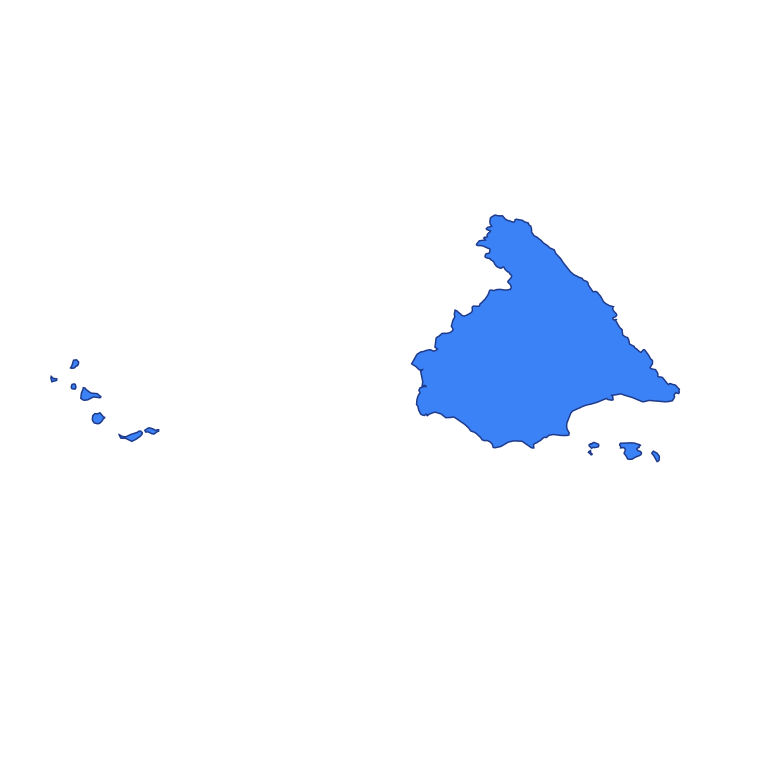 outline of Spain, rotated 40°
{"feature_id": "ESP", "entity_name": "Spain", "entity_type": "country or territory", "adm_level": 0, "iso_a3": "ESP", "parent_name": "Europe", "parent_adm1": "", "projection": "orthographic", "projection_center": [-5.186, 35.705], "detail": "fine", "context": "isolated", "style": "filled", "palette": "blue", "viewbox_px": 768, "rotation_deg": 40, "n_neighbors": 0, "source": "natural_earth", "source_scale": "50m", "svg_char_len": 6181}
<svg xmlns="http://www.w3.org/2000/svg" viewBox="0 0 768 768"><g transform="rotate(40 384 384)"><path d="M510.1,177.3L510.1,178.2L511.0,179.5L511.8,180.0L513.6,180.6L516.8,180.9L518.0,181.6L518.2,182.8L517.9,184.1L516.8,186.3L517.3,186.8L517.9,187.2L519.1,187.1L520.1,185.5L520.5,185.3L520.5,185.8L520.8,186.5L523.1,187.4L528.1,189.2L531.6,189.3L532.1,190.1L535.4,193.0L537.5,192.9L539.2,192.6L540.4,192.0L541.2,192.0L543.2,193.0L544.6,194.0L545.9,195.2L546.7,195.5L551.6,194.4L552.7,195.1L555.2,194.8L558.1,195.0L560.4,194.7L560.6,194.4L560.6,191.7L560.9,190.7L561.4,190.4L562.8,190.5L567.9,191.8L572.1,193.4L573.9,193.3L575.0,193.8L576.8,196.3L576.7,197.6L577.1,199.0L577.1,200.0L577.6,200.6L579.3,200.4L582.7,198.5L586.0,199.5L587.4,200.3L588.8,202.1L589.7,202.1L591.0,201.1L593.0,200.0L600.7,201.5L602.4,201.5L602.6,200.0L603.3,199.5L605.5,198.8L607.0,197.9L608.6,197.5L612.4,198.2L613.6,198.1L614.3,199.7L615.4,200.3L615.9,201.8L614.2,202.7L613.1,202.9L613.1,205.6L613.6,206.3L614.7,206.9L615.1,207.6L615.7,211.4L613.8,213.9L611.1,216.7L597.6,226.2L594.5,230.5L593.3,231.5L582.7,234.8L575.4,238.0L571.9,239.2L567.7,244.2L565.7,246.3L567.4,246.7L569.6,248.8L569.0,249.9L566.2,251.6L564.9,252.2L564.2,251.9L563.6,252.2L559.2,260.7L555.2,266.8L552.9,269.5L550.6,273.5L545.8,283.6L545.9,286.5L549.1,296.2L550.8,298.7L553.1,300.8L557.2,302.4L558.4,304.2L557.1,306.0L553.1,309.3L546.2,313.8L543.3,317.3L542.9,320.5L540.8,322.0L540.2,326.5L539.1,329.5L538.9,330.5L537.7,332.8L537.5,334.4L539.9,336.6L538.8,337.6L537.7,338.1L526.6,339.1L519.9,344.2L516.6,348.6L513.7,356.7L510.0,361.5L508.4,362.4L505.7,360.5L502.4,360.2L499.2,361.0L497.6,362.7L495.0,363.7L492.4,362.9L486.9,362.6L484.5,362.8L480.6,364.2L477.3,363.3L471.8,363.0L459.7,364.2L458.2,364.7L456.7,366.7L452.9,370.1L447.1,370.2L441.8,372.4L440.4,373.8L438.2,377.7L437.5,380.5L437.0,380.5L436.5,379.8L435.6,380.0L435.2,382.2L433.2,383.1L431.5,383.5L427.4,381.7L424.0,379.1L422.2,378.9L419.3,374.8L418.1,372.2L417.3,369.4L417.5,368.4L417.2,367.5L414.7,366.3L414.1,363.8L416.0,360.5L417.5,359.1L418.5,358.7L416.2,358.8L414.4,360.9L412.3,357.4L403.7,350.6L404.3,349.1L404.2,348.3L402.8,350.0L401.7,350.5L397.3,350.1L392.2,350.8L390.4,341.2L390.3,339.5L391.7,335.5L393.2,333.9L395.1,330.6L397.5,327.9L401.1,326.9L402.1,324.8L402.6,322.9L402.3,322.7L399.4,323.1L394.4,315.3L394.6,314.0L395.3,312.2L395.7,309.9L395.9,308.1L397.3,306.6L399.3,305.1L401.1,302.9L402.0,300.7L402.2,298.7L401.3,297.3L398.5,296.5L395.8,290.8L395.2,287.2L392.9,285.2L391.0,281.7L392.8,281.2L400.0,281.3L401.8,280.4L403.1,278.1L404.6,274.3L404.9,271.9L404.5,271.0L402.2,268.5L402.1,267.8L402.5,266.7L405.9,264.2L406.9,263.1L406.7,262.1L406.2,261.2L406.1,260.3L406.5,259.2L406.7,255.4L406.9,254.4L406.6,251.0L406.2,248.2L404.8,244.5L405.1,243.7L405.8,243.1L408.1,241.8L409.9,238.9L412.6,236.5L416.0,234.5L418.4,232.3L419.4,230.7L420.0,230.2L419.4,228.3L418.1,227.2L416.3,226.5L414.4,226.5L413.2,226.2L412.9,225.4L413.0,223.0L413.0,220.7L412.6,219.6L411.8,218.7L410.0,218.9L408.5,218.3L407.3,218.1L406.6,218.6L403.2,218.4L400.8,217.5L400.2,217.7L399.8,218.2L399.5,219.8L398.2,220.7L395.4,221.5L393.1,221.3L391.1,220.7L389.4,219.8L385.2,220.2L384.7,219.8L381.1,221.6L379.8,221.6L379.4,221.4L378.4,219.3L378.7,218.4L380.5,216.0L380.3,215.3L379.7,214.5L379.1,213.3L378.9,212.7L377.8,212.6L376.6,213.1L371.0,214.7L369.1,215.8L367.0,217.6L365.5,218.0L365.0,217.4L365.0,213.0L367.5,210.2L369.2,208.5L368.4,208.1L366.6,208.1L366.8,206.7L367.7,206.1L368.6,204.7L367.6,204.0L366.9,203.0L367.1,200.4L367.4,199.4L367.2,198.3L363.5,199.6L362.6,199.4L362.6,197.5L364.7,194.7L365.0,193.8L362.7,193.3L361.0,191.8L360.0,190.5L358.9,188.6L359.0,187.0L360.4,183.2L363.6,181.6L366.7,179.0L370.9,179.7L373.6,179.2L375.9,178.0L377.3,177.7L379.5,176.6L379.5,175.0L378.8,173.8L379.5,172.7L384.7,169.7L387.7,169.4L390.9,167.9L392.9,169.0L394.8,168.7L396.9,170.0L399.5,172.8L403.6,174.0L406.8,173.2L412.6,173.1L415.4,173.5L420.5,172.9L423.4,173.2L428.1,171.8L431.8,173.6L438.8,174.4L443.1,175.8L454.9,178.2L459.1,178.2L465.1,176.8L467.7,175.7L470.0,176.3L473.4,175.1L475.0,175.3L477.2,176.9L484.8,179.0L486.7,177.0L488.2,176.6L493.6,177.6L499.2,179.8L502.0,179.9L506.2,179.1L510.1,177.3ZM619.2,271.1L621.4,271.9L623.4,270.9L624.6,271.0L625.7,271.4L626.2,273.1L625.4,275.2L624.2,277.3L623.2,279.5L622.4,282.1L620.6,283.8L618.9,284.8L615.1,283.3L612.9,283.0L612.2,282.3L611.5,279.6L610.4,278.8L609.0,278.5L607.8,279.3L606.3,280.9L605.3,279.5L603.9,279.4L603.3,278.5L603.2,277.4L611.4,270.0L613.8,268.3L619.1,266.1L619.9,266.3L619.3,267.4L619.4,267.9L620.1,268.3L620.0,269.1L619.4,269.8L619.2,271.1ZM169.8,580.6L167.2,586.6L165.1,588.9L163.9,589.6L161.0,589.9L158.1,585.6L156.8,581.5L156.0,580.1L157.6,579.3L159.7,579.7L164.5,579.4L165.5,579.2L170.6,575.7L175.4,575.8L175.3,577.1L169.8,580.6ZM221.0,591.7L217.4,594.6L214.2,593.5L213.7,593.0L217.0,592.5L220.2,590.4L222.5,585.3L226.0,579.8L226.7,577.4L228.0,576.5L229.7,576.6L230.3,576.8L231.0,578.2L230.8,581.1L229.5,585.9L227.7,590.0L221.0,591.7ZM191.7,589.5L191.4,591.6L191.8,593.8L191.4,597.0L190.1,598.6L187.0,600.1L184.7,599.5L183.4,598.7L181.3,595.6L181.5,592.6L183.8,590.9L184.9,588.6L190.5,589.6L191.4,589.1L191.7,589.5ZM234.1,572.3L232.3,574.0L230.5,573.2L231.7,569.3L232.7,568.2L236.1,566.8L238.9,566.3L239.9,564.5L240.8,563.9L241.7,565.1L240.9,566.3L240.0,570.2L238.1,571.3L234.1,572.3ZM643.4,267.5L643.0,267.9L636.2,265.3L634.0,265.1L633.5,264.7L633.5,262.3L637.8,261.5L641.4,262.4L643.6,265.4L643.8,265.9L643.4,267.5ZM134.1,573.1L133.5,573.2L133.2,570.9L130.9,565.3L132.9,563.1L136.0,563.5L137.1,565.3L137.4,567.0L136.7,567.9L136.6,570.0L136.2,571.2L134.1,573.1ZM584.9,298.1L584.3,299.8L580.9,299.5L580.2,298.8L580.7,296.8L581.7,296.6L581.6,295.2L582.5,293.7L587.1,292.3L588.2,293.2L588.5,294.5L586.0,297.6L584.9,298.1ZM148.4,588.0L147.4,588.1L146.3,587.3L145.3,584.9L146.3,583.4L147.1,582.8L148.2,583.0L150.1,584.5L150.6,585.8L150.6,586.5L148.4,588.0ZM130.9,591.7L128.1,595.8L125.3,593.8L124.7,593.1L124.2,592.1L127.0,592.3L130.1,590.4L130.9,591.7ZM588.6,304.7L588.2,305.1L586.7,304.9L584.6,305.0L584.4,303.9L585.0,302.3L586.5,303.8L588.5,303.9L588.6,304.7Z" fill="#3b82f6" stroke="#1e3a8a" stroke-width="1.5"/></g></svg>